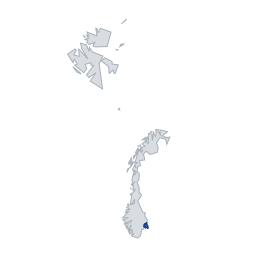 Østfold on a map of Norway (Mercator projection), rotated 336°
{"feature_id": "NOR-924", "entity_name": "Østfold", "entity_type": "County", "adm_level": 1, "iso_a3": "NOR", "parent_name": "Norway", "parent_adm1": "", "projection": "mercator", "projection_center": [11.13, 59.345], "detail": "fine", "context": "in_parent", "style": "filled", "palette": "blue", "viewbox_px": 256, "rotation_deg": 336, "n_neighbors": 0, "source": "natural_earth", "source_scale": "10m", "svg_char_len": 4989}
<svg xmlns="http://www.w3.org/2000/svg" viewBox="0 0 256 256"><g transform="rotate(336 128 128)"><path d="M135.0,156.5L130.7,158.6L131.3,160.0L130.2,164.0L125.3,162.4L124.2,167.1L120.8,167.6L118.9,171.3L119.7,174.1L117.0,179.7L114.2,181.0L114.0,186.9L111.6,191.9L112.9,192.7L112.8,195.2L107.2,198.6L107.2,210.6L109.3,212.9L107.6,215.0L108.2,220.4L105.8,223.4L105.7,227.3L103.3,225.8L102.6,222.4L101.4,226.8L99.5,226.2L95.4,231.7L92.0,232.4L87.6,228.4L87.9,226.8L89.3,227.6L90.1,226.9L88.7,226.3L90.2,223.6L86.5,225.6L87.0,223.2L89.7,222.1L88.2,221.9L89.4,219.7L92.0,218.0L89.5,219.0L86.5,223.2L86.7,220.5L88.1,220.3L86.5,218.4L88.0,217.0L86.4,217.3L86.1,214.8L92.1,215.4L93.8,213.8L86.4,213.9L87.1,212.1L85.9,209.6L89.1,210.2L91.2,209.7L86.5,207.9L95.2,204.2L91.2,204.3L93.7,201.8L96.8,203.5L95.4,201.4L96.6,198.6L103.1,199.5L105.1,195.9L101.0,199.1L99.6,197.9L105.2,189.2L108.2,188.3L109.4,186.7L107.1,187.1L109.8,182.2L109.0,181.2L112.7,179.8L110.0,180.2L110.3,177.2L112.9,173.6L116.8,173.0L113.9,172.5L115.5,170.1L117.3,171.9L117.6,170.6L115.0,168.3L118.5,165.0L119.4,167.8L119.1,164.3L123.1,163.4L120.0,162.6L124.7,157.5L125.2,154.9L127.0,156.2L126.2,154.7L129.4,152.0L129.3,155.2L131.3,150.8L130.6,155.9L132.5,154.4L132.2,151.1L136.1,151.8L134.3,148.3L138.2,147.1L140.2,150.5L144.4,141.4L147.4,143.2L145.2,149.4L149.5,142.3L149.7,146.8L150.9,145.9L152.7,140.7L155.1,141.7L153.6,144.4L154.7,144.5L154.5,148.2L156.4,142.7L162.6,147.4L156.2,149.1L158.9,152.5L162.5,153.3L156.8,158.6L157.8,154.8L157.3,153.2L153.2,149.8L148.2,153.0L147.3,158.9L144.9,162.1L137.4,161.1L135.0,156.5ZM119.2,31.1L123.9,35.3L123.4,42.1L125.6,38.5L126.4,44.0L134.4,52.1L127.8,57.5L120.6,82.0L112.6,69.8L121.2,64.4L112.9,66.1L111.7,62.5L122.0,56.9L119.8,55.6L120.8,53.3L114.7,52.4L114.5,57.0L110.1,59.5L104.9,48.9L107.9,48.9L106.7,43.5L104.4,46.1L102.8,36.0L111.7,34.3L112.4,35.9L108.4,39.1L112.5,42.8L115.1,35.9L119.5,48.5L118.0,36.8L119.2,31.1ZM129.5,23.6L137.1,31.1L139.2,23.7L140.1,24.6L139.5,28.7L143.3,25.8L151.5,33.5L142.0,45.1L130.7,40.4L129.4,38.7L132.6,36.2L126.6,36.0L125.2,33.1L126.9,31.3L124.2,29.5L128.4,30.0L127.9,26.2L129.6,28.0L129.5,23.6ZM135.1,54.3L140.5,60.8L139.5,63.1L144.8,66.4L138.6,72.9L137.5,72.4L138.2,69.2L133.1,70.4L135.2,64.0L131.0,56.0L135.1,54.3ZM117.8,162.3L120.1,161.1L113.4,165.3L116.8,161.9L117.0,158.4L118.9,156.5L117.8,162.3ZM121.5,155.8L124.6,155.5L120.9,158.2L121.5,155.8ZM124.6,153.7L129.2,150.2L126.7,153.9L124.6,153.7ZM102.5,49.6L106.2,56.6L107.1,59.6L104.1,56.2L102.5,49.6ZM115.7,158.8L116.2,161.9L113.7,161.1L115.7,158.8ZM140.5,143.2L138.7,145.6L136.2,144.6L139.1,144.1L140.5,143.2ZM140.8,145.0L140.0,147.8L138.9,147.0L140.8,145.0ZM110.6,165.6L113.0,164.9L110.4,166.9L110.6,165.6ZM170.3,28.5L164.2,30.1L170.5,28.2L170.3,28.5ZM155.4,48.6L158.9,49.6L153.6,50.4L155.4,48.6ZM146.0,141.2L147.8,140.6L148.4,141.2L146.0,141.2ZM142.0,144.2L141.6,145.7L141.1,144.4L142.0,144.2ZM132.2,148.3L132.2,149.9L131.5,149.3L132.2,148.3ZM127.9,106.4L127.7,108.2L126.8,106.7L127.9,106.4ZM151.0,52.7L149.4,52.4L149.2,51.4L151.0,52.7ZM103.8,189.2L104.3,190.2L103.0,189.9L103.8,189.2ZM129.1,148.0L130.1,148.6L130.6,149.5L129.1,148.0ZM125.3,25.7L126.0,27.7L124.9,27.0L125.3,25.7ZM97.2,197.9L95.8,198.0L97.3,197.4L97.2,197.9ZM95.1,199.4L94.6,200.2L94.4,199.8L95.1,199.4ZM110.0,167.2L109.2,168.2L110.0,166.4L110.0,167.2ZM86.2,218.7L86.1,219.9L86.0,218.4L86.2,218.7ZM108.4,181.4L108.1,180.6L108.6,180.6L108.4,181.4ZM159.3,151.2L159.1,152.3L159.1,152.1L159.3,151.2ZM108.8,182.2L108.0,182.4L109.0,182.0L108.8,182.2ZM106.4,184.0L106.4,184.8L106.0,184.6L106.4,184.0ZM85.8,213.8L85.5,214.6L85.6,214.0L85.8,213.8Z" fill="#d9dde1" stroke="#a8b0b8" stroke-width="1"/><path d="M106.4,222.2L106.4,222.3L106.4,222.6L106.4,222.8L106.3,223.0L106.2,223.1L105.8,223.3L105.8,223.5L106.1,224.8L106.2,225.2L106.2,225.3L106.1,225.5L106.0,226.1L106.0,226.3L105.9,226.5L105.8,226.9L105.8,227.0L105.7,227.3L105.6,227.5L105.4,227.5L105.2,227.5L105.1,227.1L105.1,226.9L105.0,226.6L104.9,226.5L104.9,226.4L104.8,226.2L104.7,226.2L104.4,226.2L104.3,225.9L104.3,225.7L104.3,225.8L104.2,225.8L104.2,226.0L104.0,225.9L104.1,226.0L103.9,226.1L103.8,225.9L103.7,225.9L103.6,226.0L103.5,225.9L103.5,225.7L103.4,225.8L103.2,225.8L103.1,225.7L103.1,225.4L103.1,225.5L103.0,225.3L103.1,225.2L103.0,224.9L103.0,225.0L102.9,225.1L102.8,224.9L102.7,224.7L102.8,224.6L102.7,224.5L102.6,224.4L102.7,224.1L102.8,224.0L102.7,224.3L102.8,224.3L102.9,224.2L103.0,224.0L103.1,223.9L103.2,223.7L103.3,223.4L103.5,223.2L103.7,222.9L103.7,222.7L103.8,222.7L104.0,222.7L104.4,222.7L104.5,222.7L104.5,222.4L104.8,222.4L104.9,222.6L105.0,222.7L105.0,222.8L105.2,223.0L105.3,223.0L105.2,223.2L105.3,223.2L105.6,222.9L105.8,222.8L105.8,222.7L105.9,222.4L106.0,222.3L106.1,222.2L106.4,222.2ZM104.0,226.4L104.0,226.5L103.9,226.6L103.8,226.8L103.8,226.7L103.8,226.4L104.0,226.4L104.0,226.4ZM103.5,226.2L103.5,226.3L103.4,226.5L103.4,226.4L103.3,226.2L103.4,226.3L103.5,226.2L103.5,226.2Z" fill="#3b82f6" stroke="#1e3a8a" stroke-width="1.5"/></g></svg>